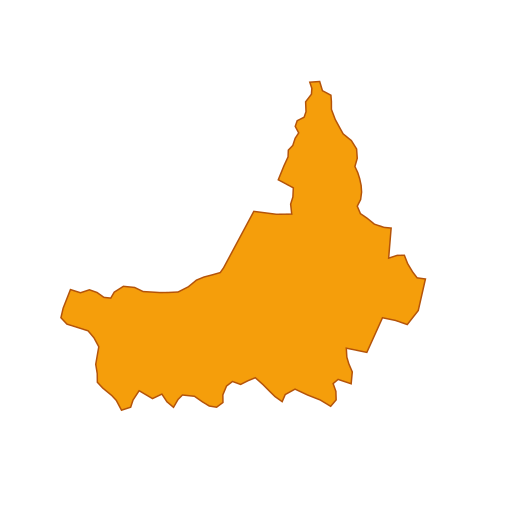 outline of Coqueiro Baixo, Rio Grande do Sul, Brazil, rotated 286°
{"feature_id": "56859067B73251776772186", "entity_name": "Coqueiro Baixo", "entity_type": "district", "adm_level": 2, "iso_a3": "BRA", "parent_name": "Brazil", "parent_adm1": "Rio Grande do Sul", "projection": "robinson", "projection_center": [-52.121, -29.161], "detail": "fine", "context": "isolated", "style": "filled", "palette": "amber", "viewbox_px": 512, "rotation_deg": 286, "n_neighbors": 0, "source": "geoboundaries", "source_scale": "gbopen_adm2", "svg_char_len": 1685}
<svg xmlns="http://www.w3.org/2000/svg" viewBox="0 0 512 512"><g transform="rotate(286 256 256)"><path d="M172.6,86.9L152.7,85.0L142.9,85.5L138.4,93.0L137.8,115.2L132.7,122.8L125.4,129.9L107.7,131.8L99.2,135.8L90.9,138.3L86.8,145.1L82.1,155.9L78.7,161.5L70.7,169.2L76.1,177.2L83.7,177.5L94.3,180.8L90.4,195.8L97.3,203.6L91.3,210.6L87.8,218.4L96.6,220.6L102.1,223.6L104.2,235.5L101.0,244.8L98.9,252.4L99.8,259.8L106.1,264.6L113.4,262.4L122.9,263.5L128.9,268.0L128.3,276.6L134.0,282.8L138.8,288.9L134.3,298.2L129.3,307.1L126.1,313.0L123.2,321.3L130.9,322.3L138.8,330.2L136.6,343.9L135.3,357.4L132.1,369.2L139.8,372.7L147.9,370.1L154.6,365.3L160.0,368.9L159.4,382.7L171.1,380.5L178.0,374.9L183.8,371.2L192.3,368.2L193.9,389.1L231.5,394.6L232.5,407.7L231.8,420.3L248.3,427.0L280.6,425.2L279.4,416.9L283.8,411.0L290.4,403.9L297.6,398.4L295.5,391.5L290.5,384.1L320.1,378.2L318.8,371.2L319.2,361.1L322.9,352.5L325.5,344.7L331.8,339.6L339.1,341.0L346.5,339.9L352.8,337.6L358.8,334.4L364.1,330.9L369.3,326.4L377.8,326.4L386.6,323.2L393.2,315.9L397.4,306.1L402.1,301.4L409.1,294.5L417.7,288.1L425.3,285.9L431.2,283.7L433.2,274.3L441.3,269.1L437.9,259.8L432.5,263.5L426.8,264.7L417.9,261.2L408.5,264.3L402.7,264.0L397.4,258.3L391.4,258.0L386.1,263.1L380.0,261.2L372.4,260.9L366.7,257.9L360.1,259.5L350.3,258.0L335.4,256.4L331.8,273.1L322.9,275.2L315.4,275.0L306.1,278.8L301.7,264.0L298.3,241.6L235.7,228.1L230.2,226.2L225.9,219.3L221.4,211.7L216.4,205.4L207.7,199.4L199.9,191.0L196.7,181.6L194.4,173.9L192.3,164.4L190.7,157.3L192.3,148.0L190.3,136.9L182.2,129.7L175.5,128.0L174.3,121.2L177.1,113.3L177.6,105.2L172.3,97.4L172.6,86.9Z" fill="#f59e0b" stroke="#b45309" stroke-width="1.5"/></g></svg>